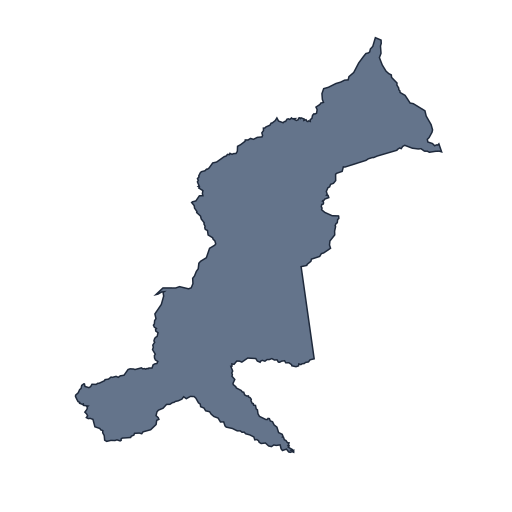 San Juan Bosco, Morona Santiago, Ecuador (Robinson projection), rotated 82°
{"feature_id": "8360857B91956383415021", "entity_name": "San Juan Bosco", "entity_type": "district", "adm_level": 2, "iso_a3": "ECU", "parent_name": "Ecuador", "parent_adm1": "Morona Santiago", "projection": "robinson", "projection_center": [-78.379, -3.26], "detail": "fine", "context": "isolated", "style": "filled", "palette": "slate", "viewbox_px": 512, "rotation_deg": 82, "n_neighbors": 0, "source": "geoboundaries", "source_scale": "gbopen_adm2", "svg_char_len": 6106}
<svg xmlns="http://www.w3.org/2000/svg" viewBox="0 0 512 512"><g transform="rotate(82 256 256)"><path d="M280.3,360.5L280.1,358.4L278.5,354.4L278.6,352.1L279.1,353.1L282.8,353.0L290.8,356.5L299.3,364.2L304.1,363.8L305.9,365.4L309.1,366.1L310.2,367.2L312.5,366.5L313.9,364.7L314.8,365.7L316.4,365.7L318.3,363.7L321.9,365.1L322.7,367.0L323.9,368.0L325.9,368.9L327.3,368.3L329.9,370.6L332.1,370.4L334.3,371.5L339.2,369.4L340.5,370.5L342.8,370.7L344.9,370.1L346.8,367.9L348.7,369.1L348.7,371.1L349.4,373.0L352.5,374.6L352.0,377.7L352.6,378.5L352.2,379.5L352.7,381.1L352.0,381.9L352.0,383.8L350.8,385.0L351.6,391.7L350.9,392.9L350.2,396.4L350.6,398.5L355.7,403.3L355.8,407.1L357.0,409.3L355.7,411.3L356.2,415.2L355.7,416.4L357.4,419.2L357.4,422.7L358.4,423.4L360.2,429.1L360.0,430.4L360.9,432.1L360.2,436.3L362.4,438.0L363.1,439.8L361.4,443.5L358.8,443.7L358.6,444.2L359.9,446.6L362.9,447.7L363.7,449.2L366.7,451.1L368.7,454.0L370.0,454.3L372.6,453.5L375.4,452.5L376.5,450.9L377.3,451.2L378.7,448.6L378.5,447.6L379.9,447.7L381.2,443.3L381.8,444.4L383.0,444.1L384.6,445.0L386.8,447.2L388.8,445.7L390.9,445.0L392.4,446.5L393.7,444.7L393.7,442.9L395.1,440.2L402.7,439.3L405.1,434.6L406.5,434.0L407.6,432.0L409.7,432.4L412.7,431.3L417.3,431.5L418.8,429.7L418.4,425.4L419.1,421.3L418.7,419.3L420.2,416.3L419.8,415.2L418.5,415.1L417.7,413.8L418.3,405.4L417.1,404.6L416.4,401.9L414.7,401.0L415.1,396.2L416.1,393.9L414.4,392.3L413.4,384.5L409.0,378.4L404.9,377.2L404.3,374.9L402.5,375.3L400.2,377.2L396.6,375.8L395.1,374.1L393.8,369.2L390.5,365.2L390.9,361.9L389.5,358.9L389.6,357.7L388.8,356.1L388.6,353.2L387.4,349.3L385.3,347.2L387.6,344.9L385.9,340.5L386.6,336.8L388.5,335.3L393.4,333.4L394.9,331.8L397.5,331.8L399.3,328.7L402.3,327.4L403.8,323.6L406.4,322.4L409.1,320.0L411.2,316.1L415.4,314.3L415.8,311.1L420.0,310.3L421.3,309.3L423.5,303.4L426.5,299.0L427.0,295.9L428.6,294.4L428.8,292.2L430.6,291.0L432.3,287.0L434.9,283.3L437.9,282.8L437.9,280.7L439.3,279.2L440.9,278.8L442.4,277.0L442.5,272.7L445.9,269.9L446.9,267.2L445.6,264.7L446.4,262.3L446.4,258.4L450.4,258.0L452.3,256.9L451.5,252.7L454.6,250.9L455.2,249.4L454.8,247.4L455.6,246.0L454.6,245.8L454.1,246.6L453.6,246.0L453.2,248.2L452.5,247.2L449.9,250.6L449.4,250.0L448.4,250.7L448.2,249.7L447.4,250.1L445.6,249.3L445.3,250.8L442.9,252.0L441.9,253.5L439.3,254.0L438.9,255.0L438.2,254.4L436.2,254.9L434.0,258.2L428.4,259.1L425.8,261.6L422.4,262.7L421.3,264.8L418.9,265.4L418.5,266.7L419.5,267.5L419.3,269.0L415.3,274.9L412.5,276.0L408.5,276.0L407.5,277.1L403.9,277.3L403.4,279.1L401.8,279.2L401.5,280.2L398.6,281.1L397.3,280.6L395.4,281.6L394.5,283.0L393.5,283.0L393.3,284.8L391.9,286.6L389.2,287.1L388.7,288.5L387.1,289.4L383.9,293.9L382.6,294.2L380.2,296.4L378.9,296.5L375.3,294.2L371.8,296.5L370.0,295.9L368.5,296.3L366.7,295.1L361.7,296.3L361.7,295.1L359.5,294.9L360.2,292.8L357.4,289.7L357.8,287.0L359.1,284.8L355.9,278.4L357.5,270.5L360.2,269.3L361.8,266.7L360.8,266.1L360.2,264.3L361.4,261.8L360.1,259.5L360.4,257.2L359.8,254.6L361.6,252.2L361.7,249.7L364.2,248.6L364.5,247.3L363.7,245.3L363.7,242.3L365.9,241.4L366.3,238.3L368.5,235.9L369.7,235.8L371.2,231.8L370.7,229.1L368.8,228.6L369.8,226.7L369.1,225.3L369.2,223.2L368.3,221.8L368.2,218.8L366.3,216.9L365.9,212.7L272.8,212.8L272.4,207.0L271.4,206.5L268.9,202.4L266.8,201.5L265.3,193.0L262.7,190.9L262.4,188.6L258.7,181.1L255.3,181.7L251.4,180.7L246.1,175.1L242.3,174.7L238.0,173.1L237.0,173.4L235.0,172.2L234.4,170.9L231.3,170.1L230.4,168.8L228.5,168.6L227.8,168.7L226.7,175.0L222.4,181.8L219.3,184.6L217.7,183.9L216.3,184.5L214.1,183.7L214.0,182.3L212.9,181.7L211.2,181.9L210.9,182.5L210.4,182.0L210.5,181.2L209.2,179.9L208.3,175.8L206.0,176.2L205.6,177.7L204.7,176.9L201.9,177.4L198.3,175.2L197.8,173.5L195.4,172.2L194.8,169.2L192.4,166.6L186.1,165.8L185.3,164.5L184.2,158.9L179.9,157.1L180.3,155.6L176.6,133.8L175.4,131.3L174.7,127.2L174.9,125.8L173.9,122.1L170.9,101.7L170.2,101.2L169.0,98.7L169.9,97.3L167.9,95.5L167.1,93.3L171.0,86.2L172.6,80.4L172.7,77.7L175.6,74.6L176.1,71.7L177.4,69.9L177.3,63.7L177.7,59.9L178.7,57.7L170.4,59.3L171.4,60.5L171.1,61.8L171.7,63.7L169.2,65.6L167.0,70.0L164.3,70.1L162.9,68.2L158.0,64.5L155.7,63.6L150.3,64.3L141.1,68.0L135.7,68.5L127.0,79.1L126.0,82.1L117.7,86.0L114.1,90.6L112.6,90.5L111.1,91.5L109.6,91.3L106.3,92.7L104.3,92.3L98.0,96.9L95.5,96.8L93.9,99.1L91.1,101.5L84.4,104.4L76.7,106.2L72.7,104.0L65.3,103.5L62.9,102.4L59.6,102.1L56.4,107.4L64.7,111.2L66.9,113.9L69.7,115.0L70.5,116.3L70.8,119.0L73.4,121.8L79.1,127.4L87.9,133.7L91.3,139.0L94.4,140.2L94.2,143.8L95.6,148.0L96.3,152.8L99.0,160.8L99.7,165.7L104.4,168.1L110.2,168.5L113.3,167.8L113.6,170.6L114.7,171.4L116.9,175.9L119.6,175.1L123.1,176.2L123.6,178.0L123.2,178.8L124.5,180.4L127.5,181.5L128.5,183.3L130.3,183.5L129.5,185.0L130.1,185.9L129.8,186.7L128.0,187.5L128.4,189.7L127.1,189.2L125.5,192.1L126.1,193.0L125.2,193.5L125.3,194.4L127.0,195.4L127.4,197.2L125.9,199.2L125.4,198.2L125.1,201.0L124.2,201.6L125.5,203.5L124.7,204.7L124.8,206.2L126.9,208.0L126.8,209.2L127.8,210.6L125.5,214.9L122.2,216.1L124.6,218.1L126.5,221.3L126.5,222.5L128.4,224.0L129.6,228.3L130.5,229.4L130.4,230.9L132.8,231.1L134.9,233.1L137.5,232.7L138.9,233.5L138.7,238.2L140.1,242.3L138.8,245.1L140.0,247.7L139.6,250.5L140.9,250.9L143.6,255.7L144.8,259.0L149.7,259.9L151.7,261.5L151.5,264.1L152.0,265.6L150.7,267.5L151.9,268.2L151.4,270.0L153.0,272.0L153.1,273.5L157.5,282.0L157.8,285.9L162.4,290.3L163.3,292.1L163.1,292.9L164.5,294.7L164.9,298.2L165.6,299.4L168.6,301.5L169.8,301.5L171.2,303.2L173.1,302.6L174.4,303.7L178.6,302.6L179.1,303.6L179.9,302.4L180.8,303.1L183.9,299.5L186.7,300.4L188.9,300.2L188.5,303.7L193.1,307.9L193.5,311.4L194.1,312.3L197.5,310.2L200.0,310.2L203.8,308.3L204.7,308.7L208.7,305.4L211.7,305.1L216.0,302.6L217.0,303.1L219.4,302.3L220.9,302.8L222.6,302.5L224.0,300.5L228.5,300.5L231.9,296.4L233.3,296.2L235.4,294.6L238.4,294.2L239.6,295.4L241.9,300.9L250.8,305.4L253.5,311.6L255.2,313.6L260.6,315.0L262.9,317.2L267.4,319.8L269.2,321.8L274.6,322.3L278.5,324.6L279.1,327.4L275.7,336.0L276.5,340.0L274.7,352.6L280.3,360.5Z" fill="#64748b" stroke="#1e293b" stroke-width="1.5"/></g></svg>